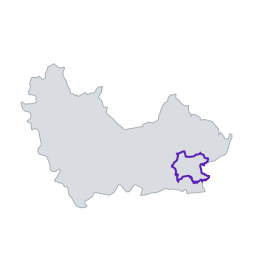 Gaoual highlighted on a map of Guinea, rotated 170°
{"feature_id": "GIN-5639", "entity_name": "Gaoual", "entity_type": "Prefecture", "adm_level": 1, "iso_a3": "GIN", "parent_name": "Guinea", "parent_adm1": "", "projection": "mercator", "projection_center": [-13.344, 11.72], "detail": "fine", "context": "in_parent", "style": "outline", "palette": "violet", "viewbox_px": 256, "rotation_deg": 170, "n_neighbors": 0, "source": "natural_earth", "source_scale": "10m", "svg_char_len": 5937}
<svg xmlns="http://www.w3.org/2000/svg" viewBox="0 0 256 256"><g transform="rotate(170 128 128)"><path d="M157.7,168.8L155.6,168.6L154.6,169.0L151.8,172.3L150.2,173.5L147.6,173.1L146.6,173.4L145.9,173.0L146.9,171.2L148.2,167.6L151.7,164.0L151.7,163.2L150.3,161.1L148.8,158.2L148.8,155.2L148.6,152.9L145.5,152.3L145.0,151.9L144.9,151.2L146.6,147.3L146.7,146.5L146.5,145.8L144.7,143.9L141.7,140.2L136.7,132.7L134.9,131.1L133.1,128.9L132.4,127.4L130.5,126.9L113.1,127.0L112.7,128.9L106.7,130.3L103.0,128.7L98.9,129.6L96.9,130.6L95.3,135.0L94.5,135.9L93.6,137.9L92.8,139.0L91.9,141.1L89.9,144.2L87.9,146.2L84.4,147.3L83.3,150.5L82.5,151.7L81.1,152.6L79.7,153.3L76.8,152.6L75.2,153.2L74.9,152.4L75.8,149.8L75.1,148.5L72.4,145.8L72.1,144.6L71.3,142.9L67.7,139.5L64.3,139.7L65.2,136.8L65.2,133.0L64.0,130.9L64.3,128.8L63.7,128.9L62.6,130.4L60.8,129.9L57.1,127.7L55.2,125.5L55.0,123.6L54.6,122.9L53.5,123.2L51.2,123.2L44.1,119.9L39.1,111.5L39.0,109.6L39.7,106.3L39.6,105.4L37.3,107.6L36.8,106.1L35.1,102.8L34.6,100.8L32.9,100.0L31.5,99.8L30.5,100.5L29.1,104.4L28.1,104.4L27.0,103.5L27.2,100.6L29.9,96.9L34.5,87.6L36.1,85.4L37.1,84.7L39.2,84.6L43.4,83.4L48.5,80.5L52.5,80.7L57.1,80.3L63.1,78.3L63.2,72.1L63.0,70.7L60.9,69.4L59.6,68.3L58.5,66.9L57.2,66.0L57.3,64.9L59.9,63.6L62.4,63.6L63.2,63.1L63.8,62.2L64.5,59.9L64.8,57.5L63.2,54.3L63.2,52.0L72.1,52.4L77.0,53.0L81.0,53.2L81.6,53.7L81.0,55.9L81.5,57.2L82.9,57.6L85.1,56.0L86.3,56.4L88.8,58.3L91.1,58.8L93.6,59.8L96.0,60.4L98.1,60.3L99.7,61.4L102.7,61.8L106.5,60.4L109.5,59.8L113.7,59.6L115.9,60.1L122.3,59.0L127.4,59.6L126.6,60.4L124.3,65.4L124.5,66.3L129.7,70.5L130.9,70.8L132.3,70.3L134.5,68.3L136.2,66.2L137.9,65.1L139.9,65.2L141.4,66.7L145.1,73.0L146.0,73.8L146.9,73.8L148.5,72.6L149.3,71.2L152.7,67.1L157.9,65.0L170.4,69.8L172.2,70.1L173.3,69.8L174.8,66.9L179.5,64.5L181.7,63.9L183.0,63.8L183.5,63.0L183.8,61.9L183.5,60.7L182.1,58.5L182.0,57.9L182.8,57.5L184.6,57.2L186.9,57.4L189.5,58.3L191.7,59.7L192.9,61.3L195.2,67.9L197.8,73.1L197.7,80.1L198.9,80.8L200.2,81.1L200.8,81.6L202.0,84.5L203.2,85.4L204.7,85.6L207.3,87.4L209.1,88.1L209.3,88.7L209.3,89.4L208.6,90.4L206.0,92.3L204.7,94.0L202.1,97.9L202.0,98.6L202.5,99.2L203.6,99.3L204.8,99.0L207.2,97.6L209.2,98.1L211.0,99.2L211.7,100.3L211.9,101.8L211.4,103.7L211.4,105.9L212.0,109.6L212.9,113.3L213.9,114.6L220.0,117.8L220.6,119.0L220.9,120.4L220.5,122.3L219.9,123.3L216.5,126.2L216.0,127.5L216.3,130.1L216.5,140.8L217.8,142.6L219.4,143.5L223.1,143.0L223.0,146.0L222.5,149.3L224.6,150.4L225.7,151.4L226.3,152.3L222.9,154.1L221.9,155.1L221.5,157.9L221.6,160.5L226.2,162.3L227.9,164.5L228.7,166.7L229.0,170.9L228.6,171.9L227.4,171.9L225.1,169.3L221.5,169.1L218.9,168.6L214.5,168.9L213.8,169.7L213.2,175.3L214.3,176.2L216.4,177.3L217.8,177.7L218.9,177.6L219.8,178.3L220.0,180.1L219.4,181.5L218.2,182.7L216.8,185.9L217.1,188.9L214.6,193.6L213.9,194.5L210.6,193.6L208.5,193.3L206.9,194.5L204.8,192.6L204.4,191.2L203.6,190.9L202.2,190.9L200.8,191.7L200.3,193.2L200.0,196.2L197.6,199.1L195.9,202.7L193.9,202.3L193.5,202.8L191.4,203.7L189.6,204.0L189.1,203.0L188.1,202.2L186.9,200.7L185.6,199.5L183.1,198.6L182.1,199.0L180.9,198.9L180.1,198.4L180.2,197.7L181.6,195.8L182.3,194.1L182.7,192.2L182.7,190.5L182.0,188.0L180.9,186.0L180.6,184.8L180.7,183.2L180.5,181.6L180.1,180.8L179.6,177.9L178.9,177.4L178.5,175.1L178.6,172.7L177.7,171.8L176.1,171.1L175.2,170.2L174.7,169.2L174.1,168.9L173.6,168.9L173.2,169.6L172.7,169.7L171.8,167.5L171.4,167.4L170.8,167.9L163.7,170.4L162.8,168.3L161.4,167.9L159.1,168.7L157.7,168.8Z" fill="#d9dde1" stroke="#a8b0b8" stroke-width="1"/><path d="M61.1,63.8L62.9,63.7L63.7,63.4L64.2,62.7L64.9,64.2L64.9,64.4L65.3,64.4L67.0,63.5L67.4,63.2L67.6,63.1L67.8,63.0L68.5,63.1L68.6,62.8L68.8,62.8L69.1,63.0L70.2,63.3L69.9,62.5L69.9,62.3L70.2,62.5L70.4,62.7L70.7,63.1L71.0,63.2L71.7,62.3L72.0,62.3L72.3,62.2L72.9,62.5L73.1,62.9L72.9,63.1L72.7,63.2L72.5,63.3L72.6,63.8L72.8,64.1L73.1,64.3L73.5,64.6L73.7,64.9L73.9,65.3L74.1,65.7L74.1,66.2L73.8,67.1L73.8,67.6L73.9,68.0L74.1,68.4L74.3,68.7L74.5,69.0L74.8,69.1L75.1,69.1L75.1,68.9L75.0,68.6L74.9,68.3L75.3,68.2L75.6,68.5L75.7,68.8L75.7,69.2L75.7,69.6L75.7,69.8L76.0,70.1L76.5,70.3L77.4,70.5L82.7,70.5L83.1,69.8L83.7,69.3L84.3,68.6L86.1,68.6L86.9,68.0L87.5,67.2L87.9,66.6L88.3,67.3L88.5,67.8L88.5,68.2L88.1,71.2L87.9,71.6L87.0,73.3L87.0,73.5L87.3,73.7L87.5,73.8L87.8,73.8L87.9,73.6L88.2,73.2L88.3,73.1L88.5,73.0L88.8,73.0L89.1,73.5L89.2,73.8L89.3,74.0L89.2,74.2L89.2,74.3L88.5,75.6L88.3,76.9L88.3,77.6L88.5,78.7L88.5,79.2L88.5,79.4L88.6,79.6L88.7,79.8L89.0,79.9L89.1,80.0L89.2,80.3L89.4,80.6L89.5,80.8L89.7,81.0L89.8,81.2L89.9,81.3L90.0,81.4L90.1,81.5L91.1,81.9L91.2,82.0L91.3,82.1L91.3,82.3L91.3,82.6L91.3,82.8L91.3,83.1L91.3,83.3L91.0,83.5L90.8,83.7L90.2,83.9L89.9,84.1L88.7,85.8L88.1,86.2L86.5,87.0L86.4,87.1L85.7,87.7L85.4,88.0L85.1,88.1L85.0,88.4L84.9,88.7L84.5,90.1L84.2,90.6L83.6,91.5L83.5,91.8L84.1,94.2L82.1,94.1L81.9,94.2L80.8,94.6L78.4,95.2L77.0,95.3L76.8,95.3L76.5,95.1L76.5,94.9L76.0,89.7L75.6,89.5L75.4,89.5L75.2,89.5L73.5,89.2L72.4,88.8L71.2,88.9L70.8,88.7L70.5,88.7L68.1,88.7L67.7,88.8L67.3,89.0L66.6,89.3L66.3,89.5L66.1,89.7L66.0,89.9L65.7,89.9L65.3,90.0L64.9,90.0L64.5,89.9L64.3,89.9L64.2,89.8L63.9,89.7L62.8,89.9L61.5,90.4L61.1,90.8L60.2,89.3L59.0,89.0L58.3,88.4L58.0,86.9L57.6,85.3L56.6,84.6L55.3,84.6L54.5,84.0L54.5,83.2L55.2,82.3L55.4,81.1L55.9,80.9L57.1,80.2L57.3,80.0L57.9,80.3L58.5,80.3L58.9,80.0L59.3,79.5L59.4,79.2L59.4,78.6L59.3,78.3L59.4,78.1L59.8,78.1L60.0,78.3L60.1,78.9L60.4,79.0L60.8,79.1L60.8,79.3L60.7,79.5L60.9,79.7L61.4,79.8L62.1,79.7L62.8,79.4L63.2,79.1L63.4,78.7L63.5,77.5L63.5,77.0L63.1,73.7L63.2,72.5L63.4,71.4L63.4,70.9L63.1,70.4L62.8,70.3L61.9,70.1L61.4,69.9L61.1,69.7L60.5,69.0L60.3,68.8L60.3,68.6L60.1,68.4L59.4,68.1L59.1,67.9L58.6,67.4L58.1,67.1L57.5,66.9L56.8,66.8L56.6,66.7L56.7,66.4L56.7,65.8L56.8,65.5L57.4,64.8L59.0,64.0L59.7,63.5L60.2,63.2L61.0,63.0L61.4,63.1L61.1,63.8Z" fill="none" stroke="#5b21b6" stroke-width="2"/></g></svg>